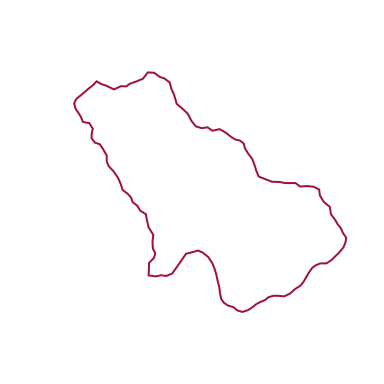 São João do Manhuaçu, Minas Gerais, Brazil, rotated 134°
{"feature_id": "56859067B45199340096443", "entity_name": "São João do Manhuaçu", "entity_type": "district", "adm_level": 2, "iso_a3": "BRA", "parent_name": "Brazil", "parent_adm1": "Minas Gerais", "projection": "mercator", "projection_center": [-42.151, -20.379], "detail": "fine", "context": "isolated", "style": "outline", "palette": "rose", "viewbox_px": 384, "rotation_deg": 134, "n_neighbors": 0, "source": "geoboundaries", "source_scale": "gbopen_adm2", "svg_char_len": 1843}
<svg xmlns="http://www.w3.org/2000/svg" viewBox="0 0 384 384"><g transform="rotate(134 192 192)"><path d="M210.2,338.3L213.1,333.2L214.0,328.6L215.2,323.9L217.4,319.1L213.8,313.7L215.4,307.3L220.0,304.5L223.2,301.4L223.9,296.1L221.7,291.5L222.9,285.9L225.0,278.7L229.4,274.4L231.3,269.7L231.6,262.9L233.2,255.0L235.9,248.5L238.7,243.4L238.0,237.0L238.3,232.0L240.5,227.6L239.9,221.9L241.4,216.1L240.0,209.7L243.3,205.3L247.6,198.7L249.7,190.1L255.2,185.9L259.9,180.8L261.7,175.7L266.0,173.6L272.9,173.6L276.8,170.0L282.1,165.3L277.8,159.3L273.4,156.5L270.3,152.2L264.5,149.6L255.9,150.9L247.8,152.2L240.6,153.4L234.5,149.6L229.9,147.0L228.1,142.0L227.5,135.1L229.2,127.6L231.6,122.3L234.5,117.2L238.3,111.5L241.9,105.7L245.4,101.5L248.6,96.8L249.5,92.1L248.6,87.0L246.1,82.4L245.7,77.1L243.3,72.5L238.2,69.7L233.6,68.6L228.1,67.9L223.4,66.4L219.3,64.5L214.3,63.8L209.9,61.2L206.2,57.2L203.2,53.3L197.3,51.0L190.5,50.5L184.3,49.0L179.6,49.3L175.3,50.3L169.5,51.8L163.4,52.8L158.8,52.1L154.4,50.2L149.9,45.7L144.3,44.4L139.8,44.3L133.1,44.1L126.8,44.6L122.0,46.4L117.8,49.2L116.6,55.1L114.6,59.9L114.1,64.6L112.6,69.7L111.5,76.6L107.0,82.4L107.6,90.1L105.7,97.5L101.9,102.3L103.6,108.0L108.2,113.8L112.9,117.9L113.7,123.8L117.2,127.4L121.1,131.5L123.9,135.9L129.0,141.5L131.7,147.8L134.5,154.7L132.3,160.1L129.7,164.7L126.4,171.6L125.3,178.5L123.8,184.1L121.1,188.8L121.8,193.5L124.2,197.4L125.2,202.2L125.9,209.2L127.6,215.8L133.8,219.9L134.7,225.8L139.3,229.3L142.1,234.8L141.4,241.2L138.6,249.6L138.8,258.5L139.3,264.1L136.2,269.4L133.8,274.1L132.1,278.5L128.7,284.1L129.5,290.8L131.6,295.1L132.5,302.0L136.6,306.8L144.6,306.0L151.3,308.9L157.3,311.9L161.8,312.7L165.2,316.6L172.4,319.4L175.0,327.3L177.4,332.4L178.7,337.5L184.1,337.5L190.5,338.3L199.2,339.1L205.4,339.9L210.2,338.3Z" fill="none" stroke="#9f1239" stroke-width="2"/></g></svg>